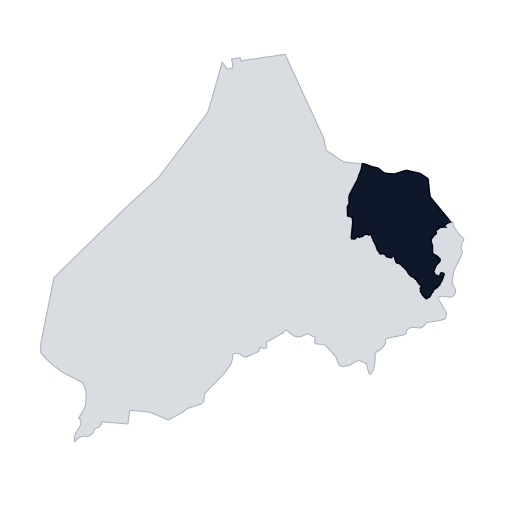 Ninawa highlighted on a map of Iraq, rotated 96°
{"feature_id": "IRQ-3051", "entity_name": "Ninawa", "entity_type": "Province", "adm_level": 1, "iso_a3": "IRQ", "parent_name": "Iraq", "parent_adm1": "", "projection": "robinson", "projection_center": [43.286, 36.005], "detail": "fine", "context": "in_parent", "style": "filled", "palette": "ink", "viewbox_px": 512, "rotation_deg": 96, "n_neighbors": 0, "source": "natural_earth", "source_scale": "10m", "svg_char_len": 8012}
<svg xmlns="http://www.w3.org/2000/svg" viewBox="0 0 512 512"><g transform="rotate(96 256 256)"><path d="M201.4,63.9L205.3,62.9L212.7,56.9L217.0,51.4L218.3,50.9L222.2,52.7L224.9,53.2L231.3,51.1L235.1,52.2L238.2,53.6L240.0,53.7L248.5,57.2L250.7,57.6L255.0,58.0L261.6,58.2L265.8,55.9L268.8,53.8L270.9,53.8L272.9,54.3L274.6,55.3L276.1,56.9L276.8,59.2L276.5,66.7L277.2,68.6L278.3,70.0L279.8,70.3L281.6,68.7L284.7,66.3L288.5,63.8L291.3,61.4L293.0,60.5L295.5,60.7L298.1,61.1L299.5,62.2L299.5,62.6L300.8,66.1L304.3,79.1L306.2,80.7L308.4,82.1L310.0,84.1L310.6,86.0L310.4,89.0L310.5,92.6L311.4,95.2L312.7,97.3L313.9,98.3L315.6,98.4L317.7,98.9L319.1,100.9L323.7,115.8L324.2,117.7L326.1,118.3L329.2,118.0L332.4,119.6L335.8,122.0L339.1,126.5L341.3,127.2L348.0,126.6L357.3,127.3L361.7,129.6L361.3,131.1L357.9,132.7L352.1,134.6L350.4,137.8L349.4,141.9L349.6,144.2L351.1,146.8L355.3,151.9L355.6,153.7L356.3,156.3L357.1,158.0L356.3,161.4L352.5,163.8L347.6,166.3L337.7,177.7L337.0,180.1L337.1,186.9L336.1,188.8L332.9,188.8L330.5,188.4L330.3,190.8L328.8,193.9L327.9,196.6L331.6,203.1L332.3,206.5L331.7,209.6L328.4,215.0L326.4,218.6L326.9,219.4L329.5,220.8L337.9,232.6L340.6,236.8L344.1,235.7L345.4,235.8L346.4,236.4L347.1,237.8L347.1,239.6L346.2,242.3L350.7,243.3L352.3,246.0L357.6,255.2L357.5,258.0L355.0,262.3L355.0,265.2L355.5,267.8L356.4,268.7L364.1,269.0L367.3,270.1L375.4,274.8L384.6,282.0L392.1,287.9L398.5,292.9L405.3,292.6L407.1,293.5L408.9,295.1L410.9,299.2L414.9,308.5L418.3,311.6L423.5,319.1L428.4,326.2L425.3,335.7L422.4,345.6L422.5,358.4L422.6,365.3L429.2,365.6L436.5,365.9L436.6,374.1L436.8,382.4L437.0,391.8L439.2,392.2L442.6,394.2L444.1,397.3L446.0,399.0L448.2,399.2L450.4,400.7L452.6,403.5L453.4,405.5L452.9,406.9L453.4,409.4L454.9,413.0L456.8,414.7L459.7,416.7L455.8,417.9L451.6,417.0L442.6,412.8L439.8,412.7L436.0,414.3L435.9,415.7L426.4,411.1L423.0,410.1L421.7,410.0L416.3,410.1L408.7,410.9L404.2,412.8L401.0,414.8L399.6,416.8L399.1,417.8L396.7,423.6L394.0,431.0L391.1,437.7L385.4,447.1L382.3,451.4L375.5,459.5L368.2,461.1L351.1,459.5L332.1,457.8L313.3,456.0L299.2,454.7L298.2,454.3L284.3,442.8L273.3,433.7L259.6,422.3L245.7,410.7L231.5,398.9L221.2,390.4L208.8,379.4L197.5,369.4L188.6,361.4L177.1,354.5L168.2,349.1L155.2,341.2L144.8,335.0L136.0,329.6L122.3,321.3L117.8,319.0L103.6,316.2L90.1,313.9L76.2,311.5L67.0,309.8L73.2,303.9L71.3,298.6L66.9,299.6L62.7,300.9L60.4,292.6L63.5,291.6L60.8,280.9L57.9,269.8L55.2,259.1L52.3,248.2L64.2,241.2L73.0,235.9L85.3,228.6L97.2,221.5L108.5,214.8L120.9,207.4L132.0,200.7L142.2,198.0L144.3,195.9L149.0,186.9L153.0,179.1L153.2,177.4L153.3,166.4L154.1,153.5L155.5,146.7L157.8,140.6L159.9,136.2L160.1,132.0L159.9,127.8L157.8,121.5L155.6,114.9L155.9,108.5L156.3,105.0L157.8,99.6L160.2,95.6L162.8,93.1L172.3,90.6L178.0,89.0L185.6,82.0L190.1,77.8L196.4,71.1L201.0,66.2L201.4,64.5L201.4,63.9Z" fill="#d9dde1" stroke="#a8b0b8" stroke-width="1"/><path d="M156.4,118.7L155.4,116.3L155.2,115.5L155.2,114.7L156.6,102.3L157.0,101.0L160.6,94.1L161.5,93.0L162.7,92.5L165.3,92.1L178.0,89.4L179.2,88.9L180.2,88.0L198.2,69.5L200.8,67.1L202.1,66.1L202.4,67.2L202.9,68.4L203.6,69.4L205.2,70.9L205.9,71.4L206.6,71.4L207.4,70.5L207.4,71.3L207.2,72.3L207.3,73.1L207.9,73.2L207.6,74.3L207.7,74.8L208.1,75.1L208.5,75.9L207.4,76.0L207.2,76.5L207.7,76.9L208.5,76.6L209.8,77.3L210.5,77.7L211.0,79.3L211.7,79.6L213.4,79.6L213.6,79.5L213.8,79.3L214.0,79.1L214.4,79.0L214.8,79.1L215.2,79.3L216.4,80.7L217.2,81.3L217.5,81.5L217.9,81.5L218.2,81.6L218.6,82.0L217.6,82.3L217.3,82.6L217.2,83.0L217.4,83.4L217.9,83.4L219.3,82.7L219.6,82.7L220.2,83.0L220.5,83.3L220.7,83.6L221.1,84.4L221.4,83.8L221.8,83.5L222.3,83.4L222.9,83.4L223.4,83.5L226.7,81.7L232.1,81.0L233.7,80.8L235.1,80.1L235.7,79.7L235.9,78.9L236.2,78.1L236.6,77.0L237.8,75.0L239.1,73.6L239.4,73.1L239.9,72.6L240.6,72.4L242.1,72.6L242.8,72.9L243.4,73.4L243.9,74.0L245.2,74.8L245.9,75.5L247.2,76.1L253.1,77.7L253.7,77.8L254.0,77.8L254.1,77.5L254.1,77.3L254.1,77.0L254.2,76.8L254.3,76.6L254.6,76.4L255.0,76.4L255.7,76.6L255.8,76.7L256.0,76.7L256.3,76.0L256.4,75.7L256.4,75.4L256.3,75.2L256.3,74.9L256.3,74.7L256.2,74.3L256.2,74.0L256.2,73.9L256.4,73.8L256.6,73.7L256.8,73.5L257.1,72.8L257.2,72.5L257.2,72.3L257.2,72.1L257.1,71.8L257.0,71.6L256.9,71.4L256.7,71.4L256.4,71.3L255.7,71.1L255.4,70.9L255.1,70.8L254.5,70.8L254.2,70.8L254.0,70.7L253.6,70.4L253.5,70.2L253.4,69.9L253.3,69.7L253.3,69.4L253.3,69.2L253.4,68.8L253.6,68.4L253.6,68.0L253.6,67.8L253.7,67.7L253.9,67.3L254.0,67.1L254.3,66.9L254.6,66.8L254.8,66.9L255.5,67.3L256.0,67.4L258.9,67.9L260.0,68.3L261.3,68.6L263.9,70.0L264.8,70.2L265.0,70.1L265.3,70.2L265.5,70.4L266.4,71.2L267.2,71.7L267.8,72.1L268.3,72.4L268.6,72.6L268.8,72.9L268.8,73.1L268.9,73.4L269.1,73.7L269.1,73.8L268.8,73.9L268.7,74.0L268.8,74.2L269.5,74.2L269.8,74.2L270.0,74.3L270.2,74.7L270.3,74.9L270.2,75.1L270.2,75.3L270.5,75.9L270.7,76.0L271.0,76.0L271.2,75.9L271.4,75.9L271.7,76.0L273.0,76.1L273.3,76.3L273.4,76.6L273.6,76.8L273.9,77.0L277.8,78.6L278.5,79.1L278.8,79.3L279.0,79.6L279.1,79.8L279.1,80.2L279.2,80.4L279.6,80.8L279.7,81.2L280.0,81.7L280.1,81.8L280.3,81.7L280.5,81.6L280.6,81.9L280.7,82.0L280.7,82.3L280.5,82.7L279.0,84.6L277.9,85.6L277.2,86.6L276.5,86.8L276.2,87.0L275.1,88.0L274.4,88.4L273.9,88.9L273.4,88.9L273.2,88.7L273.0,88.4L272.8,88.3L272.6,88.3L272.4,88.4L272.0,88.6L271.8,88.6L271.7,88.6L271.4,88.8L271.4,89.0L271.3,89.4L271.2,89.4L270.9,89.4L270.8,89.2L270.7,89.0L270.8,88.8L270.8,88.7L270.9,88.4L270.6,88.3L270.4,88.4L270.2,88.4L270.0,88.5L269.8,88.4L269.6,88.3L269.5,88.2L269.4,88.1L269.4,87.9L269.3,87.7L269.2,87.7L269.1,87.8L269.1,88.1L269.3,88.5L269.1,88.6L268.8,88.5L268.6,88.6L268.3,88.9L267.3,90.0L267.1,90.4L267.0,90.6L266.8,90.9L266.4,91.2L266.1,91.6L265.6,92.0L265.3,92.1L265.1,92.0L265.0,91.8L264.9,91.7L264.7,91.6L264.4,92.1L264.5,92.7L264.4,93.0L264.2,93.3L263.8,93.4L263.6,93.4L262.6,93.3L262.4,93.4L262.3,93.6L262.3,94.1L262.4,94.3L262.5,94.5L262.6,94.8L262.6,95.0L262.5,95.3L262.4,95.5L262.0,95.8L261.7,96.0L261.4,96.1L261.1,96.1L260.6,96.0L260.4,96.2L260.3,96.3L260.5,96.8L260.6,97.2L260.6,98.0L260.3,98.9L259.6,100.1L257.9,102.1L257.3,102.7L256.5,103.2L256.2,103.3L255.6,104.0L254.7,104.4L254.4,104.7L254.0,105.1L253.6,105.9L253.2,106.4L251.9,107.5L251.7,107.9L251.5,108.4L251.0,109.4L250.2,110.0L249.9,110.0L249.7,110.2L249.5,110.6L249.4,111.0L249.3,111.3L248.4,112.9L248.4,113.3L248.3,113.6L248.4,114.6L248.4,114.8L248.2,115.1L247.7,115.9L247.2,116.3L241.9,118.5L241.6,119.0L241.8,120.3L242.3,120.7L242.9,120.8L243.5,120.8L243.6,121.1L243.6,122.1L243.2,125.5L242.8,126.5L242.5,126.7L242.2,126.8L241.9,126.8L241.7,126.9L241.4,127.3L240.5,129.3L240.4,129.8L240.4,130.3L240.5,130.5L241.1,132.1L240.7,132.5L240.5,133.5L240.1,133.7L239.5,133.8L239.0,134.0L238.6,134.4L238.0,135.4L237.5,135.9L236.6,136.1L235.9,136.6L233.2,137.7L228.2,141.1L227.5,141.1L227.2,141.2L226.8,141.5L225.8,142.3L225.3,142.6L224.1,143.1L223.9,143.1L223.7,143.2L223.4,143.2L223.2,143.2L223.0,143.4L222.9,143.6L222.7,143.9L222.6,144.0L222.8,144.7L223.2,145.6L223.3,146.0L223.3,146.3L223.0,146.7L222.9,147.0L222.7,147.8L222.7,148.1L222.8,148.5L223.0,148.8L223.0,149.4L223.1,149.7L224.2,151.2L224.5,151.5L225.2,152.0L225.4,152.2L225.6,152.6L225.6,152.9L225.7,153.3L226.1,154.6L226.3,154.7L226.5,154.7L226.6,154.8L226.6,155.1L226.4,155.4L226.3,155.8L226.3,156.1L226.2,156.9L226.2,157.3L226.3,157.5L226.4,157.4L226.5,157.5L226.9,157.9L227.2,158.5L227.3,158.8L227.5,158.9L227.6,159.0L227.7,159.3L227.9,159.2L227.9,159.3L227.8,159.6L228.0,159.7L228.3,159.7L228.4,159.8L228.6,159.7L228.6,159.8L228.7,160.3L228.8,160.4L228.8,160.5L228.9,160.8L228.9,161.0L228.7,161.8L228.8,162.1L228.9,162.4L228.9,162.7L228.4,163.0L226.9,163.2L212.2,163.3L207.5,164.3L206.5,169.1L197.5,170.3L196.2,169.7L194.8,169.1L194.0,168.9L188.3,169.7L185.6,169.5L180.2,167.4L168.9,162.8L166.2,162.4L159.2,160.4L153.9,159.9L153.1,159.9L153.0,158.8L153.5,155.8L155.2,149.7L155.6,144.9L156.0,143.4L159.4,138.5L160.0,137.0L160.3,135.5L160.1,128.7L160.0,127.1L159.5,125.5L156.4,118.7Z" fill="#0f172a" stroke="#020617" stroke-width="1.5"/></g></svg>